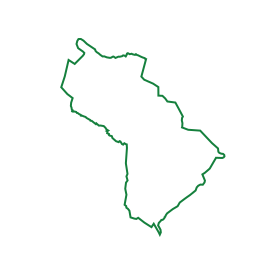 San, Ségou, Mali (Robinson projection), rotated 135°
{"feature_id": "8926073B15709511390037", "entity_name": "San", "entity_type": "district", "adm_level": 2, "iso_a3": "MLI", "parent_name": "Mali", "parent_adm1": "Ségou", "projection": "robinson", "projection_center": [-4.933, 13.109], "detail": "fine", "context": "isolated", "style": "outline", "palette": "green", "viewbox_px": 256, "rotation_deg": 135, "n_neighbors": 0, "source": "geoboundaries", "source_scale": "gbopen_adm2", "svg_char_len": 2403}
<svg xmlns="http://www.w3.org/2000/svg" viewBox="0 0 256 256"><g transform="rotate(135 128 128)"><path d="M131.9,36.8L124.4,36.0L121.4,37.4L119.1,37.5L116.8,36.8L115.2,35.0L112.4,35.4L110.8,36.4L108.2,42.6L105.5,42.0L98.9,41.5L86.8,44.7L82.6,40.2L81.2,39.6L79.9,39.7L79.0,40.9L79.1,42.5L80.2,43.9L81.0,45.8L80.9,47.3L78.8,49.9L79.3,58.0L78.8,75.1L86.7,84.2L89.4,90.2L88.8,90.5L88.6,90.7L86.1,92.9L84.5,95.4L82.6,96.9L81.4,97.2L81.1,97.3L78.1,107.1L76.5,112.5L81.4,118.9L80.8,122.6L80.9,126.4L83.6,129.4L77.6,135.5L78.9,141.7L82.4,150.7L82.2,154.9L66.6,163.9L67.0,164.4L66.7,164.8L66.8,165.6L67.8,167.6L68.6,169.7L69.5,172.4L70.0,173.1L70.2,174.6L71.3,174.7L72.7,177.0L72.9,177.9L74.6,179.0L75.2,181.0L75.9,181.3L76.1,181.3L76.4,181.2L76.9,180.7L77.7,180.7L78.5,180.3L79.0,180.2L79.2,181.5L80.1,182.8L81.3,182.9L82.1,183.4L83.4,184.2L84.3,185.2L87.3,186.4L87.7,188.7L88.3,189.2L90.3,189.7L91.2,190.4L93.0,192.9L94.1,195.4L95.4,196.6L95.9,199.6L96.0,201.7L96.1,202.0L96.5,203.8L96.4,205.7L95.7,206.8L96.7,211.9L97.6,216.5L97.7,221.3L98.4,224.3L100.1,225.9L102.3,225.4L105.0,223.8L106.8,219.7L105.8,213.9L105.8,212.0L106.9,211.3L108.9,211.0L120.4,211.0L121.9,218.1L136.2,209.2L146.4,204.0L146.9,194.9L146.0,188.3L150.3,186.1L152.8,184.0L153.5,182.4L154.8,180.6L154.6,179.8L155.7,179.3L155.3,178.4L154.7,178.3L153.3,176.0L153.5,174.8L153.0,174.2L152.7,172.2L152.1,170.7L152.6,170.1L152.3,169.6L151.7,169.1L151.1,167.6L150.2,165.8L150.2,164.4L149.3,161.1L149.1,160.5L149.4,159.7L148.6,158.7L148.2,155.1L148.0,153.5L147.1,153.7L146.9,150.3L145.7,149.2L143.8,146.5L143.8,144.0L144.2,142.4L143.8,140.3L145.2,140.8L145.0,140.0L146.4,139.1L145.7,137.2L146.4,136.6L146.4,135.8L145.9,134.9L145.4,134.1L145.2,133.6L145.5,133.1L146.1,131.9L145.8,127.1L144.6,124.6L143.3,124.7L143.1,124.3L142.9,123.9L143.6,120.9L143.2,119.7L141.4,119.8L140.9,117.9L140.5,117.3L142.9,114.6L154.3,104.7L154.8,104.1L160.8,95.9L163.3,94.9L165.4,91.2L168.0,90.8L172.9,87.0L176.3,81.9L184.7,76.1L184.5,74.1L185.5,72.8L185.2,70.9L185.5,68.5L189.4,63.0L187.6,59.5L186.4,57.8L184.3,57.3L183.3,49.5L181.5,41.3L177.5,42.1L180.0,32.7L180.9,30.1L178.6,31.0L177.0,33.0L176.2,35.5L175.6,37.8L173.3,39.1L170.3,39.2L169.4,39.4L169.0,38.9L168.1,38.5L167.2,38.5L166.2,38.5L165.4,38.9L165.1,39.1L164.5,38.9L163.2,39.5L160.8,40.0L153.7,39.0L148.2,37.6L144.1,38.7L138.4,37.9L135.2,37.4L131.9,36.8Z" fill="none" stroke="#15803d" stroke-width="2"/></g></svg>